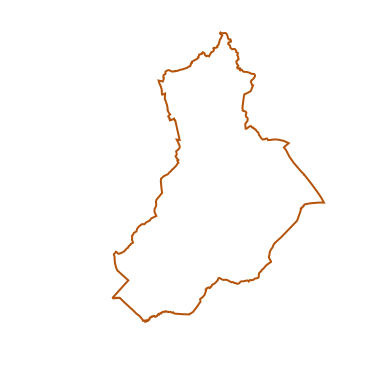 outline of Mueang Lop Buri, Lop Buri, Thailand, rotated 139°
{"feature_id": "78962969B19058811012170", "entity_name": "Mueang Lop Buri", "entity_type": "district", "adm_level": 2, "iso_a3": "THA", "parent_name": "Thailand", "parent_adm1": "Lop Buri", "projection": "orthographic", "projection_center": [100.688, 14.804], "detail": "fine", "context": "isolated", "style": "outline", "palette": "amber", "viewbox_px": 384, "rotation_deg": 139, "n_neighbors": 0, "source": "geoboundaries", "source_scale": "gbopen_adm2", "svg_char_len": 5927}
<svg xmlns="http://www.w3.org/2000/svg" viewBox="0 0 384 384"><g transform="rotate(139 192 192)"><path d="M99.4,97.4L98.3,102.5L97.6,107.5L96.6,118.6L96.0,129.5L96.0,131.0L96.2,131.6L95.9,131.9L96.2,136.1L96.1,147.3L95.3,154.7L93.5,162.2L93.4,165.4L87.0,165.4L89.1,170.2L92.4,174.7L95.0,177.4L100.5,181.1L100.3,183.1L101.0,183.7L102.3,183.9L103.0,184.6L103.7,184.8L104.3,185.4L104.4,185.8L104.3,186.3L104.4,187.4L104.1,189.1L104.0,191.2L102.9,193.3L103.3,195.3L103.0,197.1L103.3,197.8L103.3,198.4L103.5,198.4L103.6,199.0L103.7,200.7L104.1,200.7L104.4,201.8L104.2,202.8L104.7,203.4L105.9,203.8L108.4,203.9L109.7,204.2L110.0,204.6L107.2,208.4L105.0,209.0L103.9,209.0L101.8,210.8L101.6,211.7L101.8,213.2L101.3,214.4L101.0,214.8L99.2,215.9L98.8,216.6L98.8,217.6L100.0,219.4L100.3,220.3L99.8,220.6L98.9,222.3L91.2,229.2L88.4,231.4L86.5,230.7L82.1,229.7L81.3,229.7L80.5,230.0L78.2,231.4L75.9,232.4L76.5,233.6L75.0,236.9L73.9,237.2L71.8,237.2L70.1,237.4L68.4,238.1L67.7,239.3L67.7,240.2L68.2,240.9L69.6,242.2L70.4,244.3L71.9,246.7L74.2,248.9L74.3,249.4L74.3,251.5L74.7,251.8L75.7,252.0L75.9,252.4L75.6,253.0L74.6,253.4L74.5,253.8L74.8,254.3L76.1,254.7L76.5,255.3L76.4,255.9L75.9,256.6L74.5,256.7L74.1,257.0L74.1,258.5L73.6,260.5L73.2,260.8L72.9,261.4L72.2,261.6L71.1,261.6L70.5,261.8L70.1,261.5L69.5,261.9L69.0,263.2L68.4,263.8L68.2,264.6L68.1,265.6L66.2,266.7L66.8,268.8L65.9,269.7L65.9,271.7L66.8,272.8L67.6,273.0L68.1,273.4L68.4,275.7L67.3,277.5L67.5,280.1L67.3,280.4L66.3,280.9L64.9,280.2L63.8,280.0L63.6,280.1L62.9,282.0L63.6,282.2L63.9,282.6L64.1,284.0L62.5,287.2L62.2,288.8L62.2,289.5L62.8,290.4L65.5,292.3L65.8,292.9L65.8,293.6L66.4,293.6L66.9,293.2L66.8,292.4L66.4,291.4L66.5,290.2L67.5,290.0L69.2,289.1L71.1,288.6L74.9,286.0L75.9,285.6L77.0,285.7L77.6,285.4L77.9,284.7L79.7,285.3L80.9,286.5L81.3,286.6L81.8,286.3L82.1,284.9L82.8,284.6L83.2,284.3L84.3,284.3L85.8,284.8L85.9,284.6L88.8,283.8L90.1,283.2L91.1,284.8L91.3,285.0L92.0,285.0L92.4,286.7L91.5,288.7L92.1,290.3L92.8,290.1L93.6,290.4L93.9,290.3L94.0,289.9L96.4,291.0L96.8,290.4L98.6,290.0L99.0,289.1L100.5,289.3L100.7,289.1L106.6,290.4L106.9,290.3L106.9,289.8L107.2,289.5L107.8,289.4L108.6,289.6L109.4,288.8L110.1,288.7L111.0,288.1L112.2,288.8L114.1,288.9L119.3,291.1L121.0,292.1L123.8,293.1L124.5,293.8L125.4,294.1L125.4,294.5L127.7,295.5L129.5,299.1L130.0,299.5L131.1,300.0L132.3,300.2L133.4,300.0L133.5,299.6L134.7,298.5L136.1,298.9L136.6,298.9L138.4,297.5L138.5,296.3L141.5,294.6L144.1,298.0L145.5,294.9L146.2,292.3L147.7,289.1L150.7,285.3L150.3,284.8L147.7,284.0L149.4,282.1L150.6,281.1L151.6,279.9L152.1,278.1L153.8,274.1L154.6,272.6L156.4,269.9L156.6,270.0L156.9,269.4L157.6,266.6L157.6,264.9L160.4,264.6L160.4,263.1L160.6,261.9L161.0,262.1L161.7,260.6L160.2,259.8L157.4,259.2L158.0,257.7L158.1,256.6L157.9,256.6L167.2,239.4L169.1,241.6L170.7,235.8L171.7,234.0L173.5,233.1L177.3,233.1L178.2,231.3L179.2,230.1L180.9,229.8L181.2,228.8L181.4,226.5L181.3,225.1L182.2,225.1L182.5,225.3L182.7,225.1L183.1,223.0L184.8,222.8L187.1,222.1L188.1,222.1L190.8,221.8L192.0,222.0L192.4,221.8L193.6,221.8L194.9,221.5L196.6,221.6L198.4,221.2L202.5,222.4L206.6,222.4L208.6,220.4L212.4,215.1L215.2,210.9L223.7,209.5L224.6,209.1L225.6,208.3L226.5,207.0L228.0,205.2L228.5,204.9L231.4,203.7L233.2,201.8L233.6,201.0L234.6,197.3L240.1,198.8L242.8,198.2L246.3,199.1L247.6,199.1L248.2,198.9L249.2,199.0L250.6,200.4L251.4,200.6L253.9,200.8L256.1,200.6L258.0,200.0L259.8,198.7L262.7,199.3L264.1,198.6L266.1,198.3L266.8,197.1L268.6,195.3L269.6,192.7L269.9,192.5L272.1,192.9L273.4,192.5L275.2,192.7L276.7,191.9L278.4,192.2L281.4,191.7L284.4,192.1L287.7,193.3L288.2,194.0L288.3,196.2L288.7,196.9L289.5,196.5L291.6,196.3L292.3,195.7L292.8,194.1L295.0,191.4L297.0,188.5L298.9,184.7L299.8,181.6L298.0,167.1L321.8,164.2L321.4,164.1L321.3,163.5L320.8,163.5L320.4,162.9L320.1,163.1L319.6,162.9L319.2,161.9L318.7,161.5L318.0,161.5L317.9,161.2L317.4,160.8L317.3,160.3L316.7,159.9L316.3,159.9L316.2,159.4L315.9,159.3L315.6,154.6L314.0,140.4L313.8,136.6L313.1,133.8L312.9,131.7L313.1,128.0L313.5,127.0L313.3,126.7L312.8,126.7L312.3,125.8L312.1,125.8L312.4,125.0L311.4,125.1L311.4,124.4L310.9,124.5L310.5,124.1L310.0,124.5L309.8,123.8L308.8,124.1L308.4,123.7L308.1,123.9L307.6,123.9L307.5,124.2L306.8,124.6L306.1,124.4L305.9,124.7L305.5,124.4L305.1,124.5L304.2,124.0L303.8,124.4L302.6,123.7L302.2,123.7L301.8,123.2L302.0,122.7L301.7,122.5L301.8,122.2L301.7,122.0L301.1,121.9L300.6,121.4L299.5,121.7L299.4,121.5L299.0,121.7L298.5,121.8L297.8,121.3L297.7,121.8L297.3,121.7L296.8,121.8L296.2,121.2L295.9,121.2L295.6,120.9L295.1,121.2L294.6,121.0L294.5,120.7L293.6,120.9L293.1,120.5L292.8,120.6L292.7,120.4L291.6,120.1L291.1,119.7L291.0,119.3L290.3,119.3L290.3,118.9L289.5,118.5L289.2,117.7L288.6,117.3L288.6,116.8L287.3,116.0L286.8,115.5L286.7,114.9L286.0,113.7L285.2,113.6L285.1,112.3L284.7,111.4L278.6,105.3L274.2,101.3L273.6,101.5L272.8,101.2L269.9,100.8L263.8,102.0L259.3,103.3L258.0,103.4L257.5,103.8L256.0,105.9L253.3,105.7L250.3,106.0L246.3,108.2L245.8,108.7L245.7,109.5L245.0,109.5L245.0,109.2L244.6,109.3L244.5,109.6L244.1,109.7L243.4,109.4L242.8,109.4L241.8,108.8L241.8,108.0L241.4,107.8L240.4,108.2L239.4,107.9L237.8,108.8L234.8,108.1L233.0,108.2L230.3,108.6L229.1,109.4L228.6,109.5L228.0,109.3L227.5,108.8L226.8,106.4L225.8,104.8L224.4,104.0L223.0,102.2L221.6,98.2L220.1,97.1L219.8,95.5L218.8,94.6L218.3,93.4L217.8,92.8L216.5,92.2L214.3,92.4L213.4,92.2L211.5,90.7L208.4,89.1L208.0,88.5L207.9,87.2L206.0,87.6L205.0,86.4L203.4,85.5L201.4,85.4L199.2,84.1L197.9,83.8L197.5,84.0L195.9,85.7L194.7,86.6L193.3,86.9L191.7,86.8L190.7,87.4L188.5,87.3L184.0,88.0L178.2,87.4L177.9,87.8L177.4,90.5L176.6,92.7L174.7,93.7L173.9,94.7L172.6,95.7L170.3,96.7L167.4,97.4L166.1,98.2L164.9,98.7L162.7,99.2L153.6,99.4L131.5,101.4L123.8,105.7L121.1,107.5L120.3,107.7L120.4,108.2L117.5,108.1L117.5,108.4L115.2,108.7L114.2,108.3L109.9,105.7L102.8,100.5L99.4,97.4Z" fill="none" stroke="#b45309" stroke-width="2"/></g></svg>